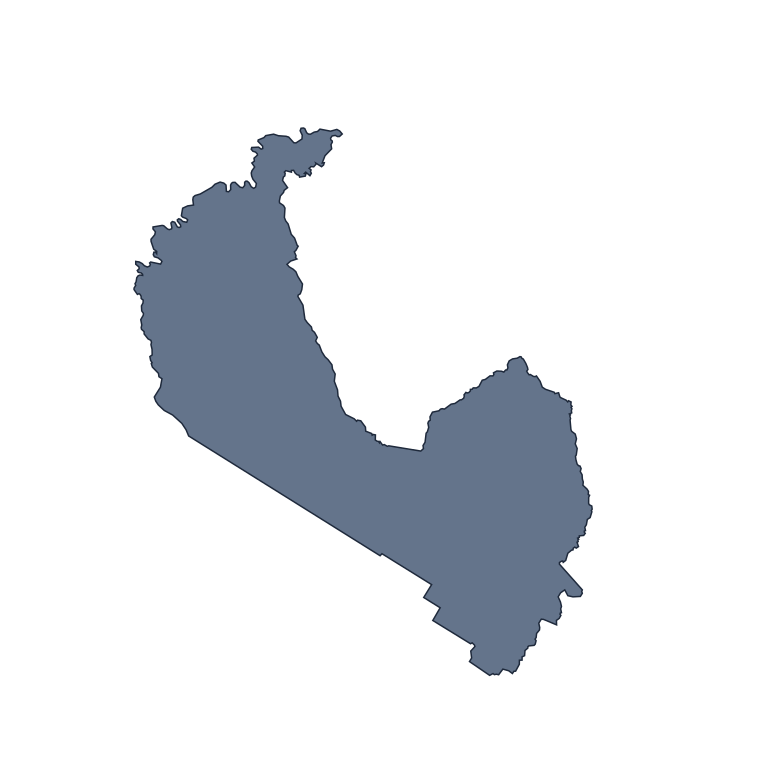 Alta Floresta D'Oeste, Rondônia, Brazil, rotated 122°
{"feature_id": "56859067B53124283675112", "entity_name": "Alta Floresta D'Oeste", "entity_type": "district", "adm_level": 2, "iso_a3": "BRA", "parent_name": "Brazil", "parent_adm1": "Rondônia", "projection": "robinson", "projection_center": [-62.42, -12.473], "detail": "fine", "context": "isolated", "style": "filled", "palette": "slate", "viewbox_px": 768, "rotation_deg": 122, "n_neighbors": 0, "source": "geoboundaries", "source_scale": "gbopen_adm2", "svg_char_len": 6147}
<svg xmlns="http://www.w3.org/2000/svg" viewBox="0 0 768 768"><g transform="rotate(122 384 384)"><path d="M514.7,122.4L510.2,121.8L508.0,122.9L504.8,126.0L500.1,126.0L499.1,124.0L496.8,110.0L493.1,112.5L490.0,111.2L486.5,111.4L486.0,112.7L484.9,113.1L483.9,112.3L481.1,115.0L478.6,115.6L475.4,118.8L472.2,123.5L467.5,123.6L462.8,121.6L466.1,115.9L464.4,111.0L460.1,104.9L456.4,104.9L455.1,106.4L453.5,106.7L443.8,139.8L442.4,140.6L440.4,139.7L439.4,138.6L440.3,137.5L437.3,136.4L430.1,138.4L425.7,137.0L424.5,135.8L423.0,136.5L421.3,135.8L421.3,134.0L418.8,132.9L415.9,136.5L414.8,135.8L413.5,137.0L412.5,136.6L412.1,138.1L410.5,137.1L409.3,137.9L406.6,134.4L404.0,134.2L403.5,135.7L402.5,136.2L401.6,135.4L399.1,137.8L396.1,137.8L391.1,139.8L388.0,138.4L382.2,140.0L381.5,141.1L379.9,141.1L377.4,143.1L377.6,145.9L376.8,147.2L371.6,150.4L369.4,150.7L369.5,152.2L366.7,153.7L365.5,156.2L364.5,161.6L361.5,163.1L359.5,165.4L356.0,167.9L354.2,171.2L351.3,172.0L349.7,174.3L350.2,175.8L349.5,177.9L346.3,181.3L343.7,183.4L342.4,183.3L336.3,186.0L333.4,190.1L328.5,191.7L325.1,195.3L324.7,199.8L323.5,201.4L315.8,207.2L314.6,207.4L312.5,209.6L311.4,209.5L311.2,210.9L309.0,209.5L307.3,211.0L305.4,211.5L304.6,213.1L303.3,212.7L302.7,214.5L300.1,215.8L300.4,218.6L301.8,218.7L301.2,220.9L301.9,226.6L301.8,227.9L298.9,231.3L301.6,234.0L300.8,235.3L302.9,244.2L302.8,248.1L299.0,253.0L296.4,259.0L297.7,259.8L298.4,261.4L298.4,264.9L299.3,265.8L298.4,268.2L297.5,269.8L295.5,269.6L294.0,271.0L291.4,274.6L289.0,279.1L289.2,280.5L288.3,282.0L288.7,283.2L291.5,284.7L294.6,288.3L298.1,290.1L302.4,289.5L304.6,287.5L306.9,287.2L307.7,288.3L310.4,288.7L310.9,291.1L313.2,295.2L316.5,297.1L317.8,295.8L319.4,295.9L320.9,298.4L326.4,300.5L328.7,302.7L335.7,302.2L338.4,303.6L340.0,306.3L341.8,306.5L342.8,307.9L344.1,307.1L346.2,307.5L347.5,308.7L347.7,310.1L350.9,310.4L351.6,309.5L353.9,308.9L356.3,309.9L357.2,311.1L362.9,313.5L365.5,316.4L373.2,319.4L374.1,321.6L375.4,322.8L377.6,323.2L382.2,328.0L387.5,327.6L390.2,325.6L392.0,326.4L394.0,326.0L397.1,323.1L401.6,321.9L403.4,322.2L411.7,318.3L415.5,318.3L417.9,316.3L421.4,317.3L433.9,347.2L435.1,348.2L435.2,351.6L436.5,352.9L434.9,356.9L436.3,356.7L435.6,358.3L436.2,359.6L436.1,361.7L431.7,364.3L432.4,366.2L433.7,366.9L432.5,368.1L433.7,374.5L430.4,376.9L427.5,384.2L428.7,387.3L430.1,387.5L429.3,390.8L430.2,400.4L425.6,408.6L421.6,411.8L418.6,416.6L413.6,420.3L408.0,427.6L401.4,430.7L398.7,435.5L395.3,438.3L393.0,444.3L392.2,448.5L389.7,453.7L385.3,459.5L385.0,462.0L383.7,464.8L379.8,465.3L377.0,470.3L376.5,473.4L374.1,475.8L372.6,481.6L371.0,485.4L360.1,494.5L355.4,503.4L354.1,503.9L351.9,502.8L347.6,503.7L342.4,506.1L338.4,514.1L335.5,518.2L334.8,521.8L334.9,526.5L333.9,529.7L329.2,528.3L324.1,524.1L323.7,526.0L321.8,526.6L319.4,530.1L317.4,529.5L312.6,529.8L312.4,531.1L307.7,537.1L306.2,542.0L299.1,550.1L297.8,553.7L295.6,556.7L287.3,561.2L285.9,563.8L285.7,568.6L284.3,569.7L279.5,571.5L274.8,570.7L272.7,571.3L268.6,569.8L265.1,577.9L261.8,579.0L260.1,578.4L257.6,579.5L257.1,580.8L255.1,580.3L253.4,574.8L252.0,575.7L250.7,573.9L252.2,571.1L252.6,568.7L252.0,566.6L253.3,565.2L249.4,560.9L247.3,561.5L247.7,563.1L245.8,562.7L246.6,557.2L243.8,557.3L242.7,559.0L241.1,559.3L240.8,561.8L238.3,561.1L237.1,558.7L233.5,558.1L232.8,559.0L232.8,552.1L230.3,551.3L228.0,551.9L229.3,553.5L221.7,555.0L212.3,553.0L209.1,555.8L206.2,556.0L205.3,556.8L205.1,558.5L203.8,559.6L201.1,559.4L199.0,557.0L198.8,554.5L197.7,552.9L194.1,551.9L192.9,555.6L193.1,558.9L197.9,563.3L201.8,573.4L205.1,574.2L207.4,576.7L211.2,578.8L212.1,580.6L211.9,582.7L209.4,586.5L209.6,588.0L211.1,589.9L213.7,589.3L216.3,585.2L219.7,583.4L226.2,586.4L227.2,588.3L225.1,595.7L225.8,598.3L229.4,605.1L230.6,610.0L236.0,615.9L238.7,616.4L243.7,620.0L245.0,619.5L246.6,613.0L248.6,611.6L249.9,612.6L249.6,615.9L253.5,621.5L255.3,621.0L256.1,618.5L255.4,615.8L256.0,613.4L256.9,612.6L261.4,613.9L263.7,612.0L266.6,613.2L268.5,608.7L273.0,609.0L275.4,608.4L277.7,606.5L279.8,603.7L281.6,598.5L285.0,597.2L287.1,598.1L287.1,601.1L284.8,605.2L284.5,607.5L285.1,608.6L286.7,609.1L289.5,607.4L292.4,607.8L293.3,610.3L291.9,617.2L293.2,619.1L294.6,619.7L296.6,619.5L300.4,617.0L303.3,617.6L304.2,619.7L299.0,623.4L298.5,626.3L299.6,630.0L304.1,633.2L308.4,634.2L320.2,640.5L324.3,644.1L326.6,644.8L329.0,643.8L333.2,640.4L337.0,644.9L341.6,647.9L348.7,645.0L349.2,643.2L348.5,639.5L348.8,637.5L351.4,637.0L352.8,640.8L352.2,643.7L352.6,645.6L354.3,646.3L355.3,645.5L356.9,640.9L358.4,639.7L359.9,640.7L360.3,642.5L357.7,647.2L358.4,649.6L360.4,650.0L363.9,646.7L365.0,646.4L366.9,647.9L367.3,649.7L366.5,654.7L367.1,656.2L373.2,663.1L374.9,662.1L376.1,658.5L378.9,657.5L384.7,658.3L386.5,657.1L391.7,650.8L392.0,647.0L393.9,645.9L393.2,647.7L394.1,649.0L396.6,648.2L397.8,646.2L396.8,642.5L397.2,638.5L397.7,637.3L400.7,637.0L404.2,646.5L405.6,646.9L406.3,645.6L408.1,645.2L410.2,646.7L410.7,649.9L410.0,652.8L410.2,656.2L411.6,659.5L414.0,658.0L414.6,653.8L416.0,652.7L418.5,653.4L419.5,651.6L418.5,648.7L418.9,646.9L419.8,646.2L420.9,648.7L422.6,649.9L424.9,650.0L428.7,648.4L430.9,648.3L432.0,646.8L435.1,646.8L436.4,646.0L438.7,640.6L437.2,639.6L437.3,638.3L438.3,636.5L440.2,635.2L440.5,632.6L443.1,631.3L446.3,631.1L450.4,628.2L451.6,625.4L453.2,624.6L458.3,624.4L462.3,620.7L464.9,619.8L466.1,618.6L466.7,615.2L468.7,613.9L470.8,607.9L470.5,604.9L471.8,603.3L474.1,602.5L477.5,599.1L482.2,596.0L484.8,597.1L487.6,594.5L488.9,591.9L490.0,592.2L492.4,589.4L494.5,580.9L497.1,578.7L497.2,575.1L505.2,571.9L516.8,571.9L519.6,568.3L521.3,564.4L522.9,556.4L522.3,546.8L524.5,534.6L527.7,527.6L531.6,522.1L531.7,296.3L529.0,295.8L528.9,237.3L544.0,237.2L544.0,217.8L558.7,217.3L558.4,172.9L556.8,172.1L557.4,169.0L558.5,167.8L564.5,168.9L569.9,164.5L574.1,164.4L575.1,140.0L571.8,138.1L572.0,136.4L570.6,135.0L569.8,132.7L562.8,132.1L561.1,126.3L561.5,121.7L558.8,121.6L557.8,120.2L550.0,120.7L546.5,122.8L545.0,120.6L542.2,122.3L539.9,120.8L535.3,123.2L531.8,122.1L530.4,122.8L529.3,122.3L526.1,118.2L524.5,117.9L521.1,119.0L520.3,120.7L518.4,120.6L514.7,122.4Z" fill="#64748b" stroke="#1e293b" stroke-width="1.5"/></g></svg>